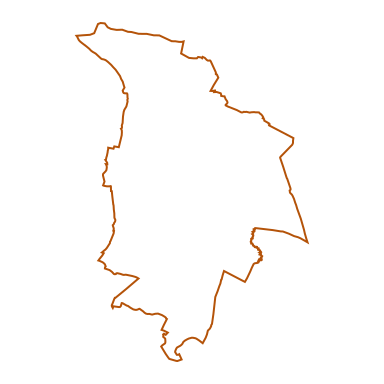 the district of Berchisesti, Suceava, Romania
{"feature_id": "2599482B32520151641647", "entity_name": "Berchisesti", "entity_type": "district", "adm_level": 2, "iso_a3": "ROU", "parent_name": "Romania", "parent_adm1": "Suceava", "projection": "equal_earth", "projection_center": [26.04, 47.525], "detail": "fine", "context": "isolated", "style": "outline", "palette": "amber", "viewbox_px": 384, "rotation_deg": 0, "n_neighbors": 0, "source": "geoboundaries", "source_scale": "gbopen_adm2", "svg_char_len": 5968}
<svg xmlns="http://www.w3.org/2000/svg" viewBox="0 0 384 384"><path d="M213.4,314.1L215.3,297.0L217.6,291.2L219.3,286.2L220.4,283.5L221.2,279.7L221.6,279.5L222.6,275.5L224.0,271.0L244.9,281.9L247.0,278.3L250.2,271.6L251.8,267.8L253.6,264.1L254.5,263.4L255.3,263.2L257.0,263.0L257.3,262.7L257.6,262.8L258.4,262.5L258.5,262.3L258.1,262.2L258.0,261.7L258.3,261.2L259.2,261.1L259.3,261.0L259.3,260.8L258.6,260.5L258.8,260.2L259.2,260.1L259.3,259.9L258.9,259.7L259.2,259.2L259.6,259.5L260.2,259.3L260.8,259.9L260.8,260.2L261.2,260.3L261.6,260.1L261.8,259.8L261.6,259.0L260.8,258.3L261.0,258.0L260.9,257.7L261.5,257.6L261.5,257.3L262.2,256.4L262.2,256.2L261.7,256.1L261.4,256.0L261.2,255.8L261.3,255.3L261.1,254.8L260.8,255.0L259.7,254.6L259.9,254.4L259.8,254.0L259.9,253.8L260.1,253.7L260.7,253.8L260.9,253.6L260.9,253.3L260.1,253.1L259.6,252.7L260.6,252.5L261.1,252.1L260.9,251.8L260.5,251.7L260.4,251.5L260.3,251.0L260.2,250.8L259.8,250.9L259.5,250.0L258.1,249.8L258.0,249.4L258.5,249.3L258.7,249.1L258.7,248.5L258.6,248.3L258.0,248.5L257.1,248.0L257.0,246.9L256.6,246.8L256.0,247.4L254.7,247.1L254.6,246.9L254.7,246.4L254.5,246.1L254.1,246.1L253.1,245.6L253.2,245.0L253.1,244.7L252.8,244.6L252.8,244.2L252.4,243.8L252.3,243.5L251.9,243.4L251.5,243.6L251.2,243.6L251.1,243.2L251.3,242.5L250.7,241.8L250.9,241.1L251.3,240.9L251.3,240.3L251.1,238.9L251.3,238.7L252.3,238.8L252.7,238.6L252.8,238.4L252.8,237.8L252.4,237.3L252.9,236.6L252.8,236.3L252.9,236.0L253.3,235.7L253.3,235.2L253.1,234.6L252.3,234.2L252.2,234.1L253.1,233.6L253.2,233.1L253.1,232.5L252.5,231.9L253.3,231.5L253.8,231.6L254.2,231.6L254.4,231.4L254.3,231.2L253.8,230.8L253.6,230.5L253.7,230.0L254.1,229.9L254.0,229.7L253.7,229.5L253.6,229.2L254.3,228.9L254.7,229.0L254.6,228.6L254.9,228.2L255.6,228.1L272.8,230.1L280.7,231.4L282.9,231.5L288.9,233.7L294.1,236.1L298.0,237.2L300.5,238.3L307.5,242.3L306.3,238.6L304.8,233.4L304.0,229.8L300.8,218.7L297.2,208.8L296.1,205.0L295.2,202.7L294.0,198.9L292.5,195.6L291.7,194.4L290.7,193.5L290.1,192.8L289.9,192.3L289.9,191.8L289.6,190.6L289.7,190.4L290.3,190.0L290.6,189.2L290.4,188.1L287.2,178.7L286.9,178.4L286.3,176.7L283.1,166.5L280.1,157.7L280.5,156.8L292.2,144.8L292.7,143.8L293.0,142.9L293.0,140.8L293.4,138.1L269.1,125.4L269.6,124.2L268.6,123.6L268.7,123.2L264.3,120.7L264.1,119.1L262.7,118.2L263.3,117.4L262.3,115.7L261.1,114.3L260.5,114.0L259.6,113.2L259.2,112.6L258.9,112.4L255.3,112.3L254.1,112.1L251.2,112.3L249.7,112.6L246.3,111.8L245.1,112.0L243.8,111.8L242.6,112.4L241.3,112.4L236.9,110.1L227.8,106.5L225.7,105.4L225.6,105.2L225.7,104.7L226.9,103.7L227.5,102.7L227.2,101.3L225.6,99.1L224.5,96.3L223.3,96.3L221.2,95.9L221.1,94.4L220.7,93.3L217.0,92.1L216.3,92.0L214.2,92.1L214.4,91.6L215.3,91.6L215.0,90.5L212.3,91.0L210.6,90.9L213.8,85.0L218.3,77.7L216.9,74.5L216.0,74.3L215.8,74.1L215.8,73.9L216.0,73.8L215.8,72.3L210.8,61.4L210.3,60.7L209.9,60.4L209.1,60.6L207.9,60.6L206.7,59.9L204.8,57.9L202.7,56.9L202.1,58.2L201.3,57.5L198.1,57.0L196.9,58.3L193.2,58.3L189.0,57.9L181.1,53.5L183.6,41.4L181.7,41.9L179.3,41.9L175.5,41.3L171.7,41.2L159.3,35.4L153.7,35.3L146.9,33.9L138.6,33.8L131.4,32.0L128.0,31.8L122.2,29.7L116.6,29.9L110.9,28.9L107.7,27.3L104.8,23.4L100.6,23.0L98.0,24.0L94.2,33.2L90.0,34.8L82.6,35.3L76.5,35.8L77.3,36.9L77.9,38.2L78.8,40.0L80.0,41.4L82.2,43.2L86.3,46.3L89.2,48.7L91.1,50.7L92.9,52.0L94.2,52.7L95.7,53.6L101.1,58.6L102.0,59.1L103.7,59.4L105.6,60.1L107.7,61.7L111.2,64.9L113.3,67.3L115.6,69.7L120.0,76.0L121.2,79.1L122.7,81.6L124.0,86.1L124.5,87.5L122.7,90.6L123.2,92.3L123.7,93.0L124.8,93.3L126.9,93.3L127.4,94.1L127.5,97.6L127.8,98.7L127.3,99.9L127.6,101.5L126.5,106.0L126.3,106.6L124.4,109.7L123.7,111.8L123.0,116.5L122.6,123.0L121.8,125.5L122.0,126.9L121.9,127.9L121.5,128.5L121.0,128.7L121.8,130.3L121.9,132.3L121.7,135.3L118.8,147.2L114.3,146.4L113.5,148.7L108.2,147.7L108.2,149.4L107.8,150.6L107.6,152.4L106.8,156.2L106.4,157.2L105.9,159.9L105.4,160.0L107.2,162.8L107.3,164.2L105.8,164.1L106.6,165.7L106.7,166.2L106.8,167.5L106.4,170.1L105.5,171.4L103.2,173.8L103.0,174.4L103.0,175.6L104.5,181.6L103.1,185.4L104.0,185.8L106.7,186.3L109.4,186.3L110.7,186.1L110.9,186.5L111.0,191.1L111.8,191.2L112.3,196.3L113.3,204.7L113.5,205.0L113.6,205.9L113.8,209.4L114.3,213.3L114.4,217.5L114.7,218.6L115.2,219.4L115.3,219.9L115.3,220.7L115.0,221.7L114.2,222.8L113.7,224.3L112.8,225.1L112.8,225.6L113.6,227.9L113.8,229.1L113.3,230.7L114.0,230.9L113.6,233.5L110.5,241.1L110.0,241.8L109.9,243.2L106.8,248.0L105.4,249.6L104.2,250.5L101.9,252.5L103.7,253.2L102.3,255.5L99.6,258.8L98.4,260.5L99.4,260.8L102.5,262.2L103.5,262.9L104.9,264.3L105.7,266.4L105.0,267.3L104.9,268.5L109.6,270.1L112.0,271.9L113.8,273.9L114.6,274.2L115.8,274.1L116.1,273.8L116.4,273.3L117.4,273.2L120.5,273.9L122.7,274.7L123.7,274.9L125.8,274.7L126.9,274.9L132.2,276.0L135.7,277.0L137.2,277.7L138.5,278.5L125.1,289.9L115.2,298.0L114.8,297.9L114.2,299.1L112.6,303.4L111.8,305.2L111.8,306.0L112.1,306.8L112.8,308.0L113.5,306.3L119.1,307.1L120.1,306.9L120.8,306.1L121.7,303.1L122.6,303.2L126.7,305.6L127.9,305.9L130.4,307.7L133.3,309.4L135.1,309.8L136.1,309.9L137.5,309.6L139.3,308.8L139.7,308.9L143.2,311.4L144.3,312.5L145.7,313.5L146.3,313.7L147.7,314.0L149.3,313.9L152.1,314.6L155.2,313.8L158.0,313.6L162.0,315.1L164.8,316.8L165.9,317.7L166.1,318.5L166.9,319.0L163.8,325.1L161.6,329.9L163.8,330.6L167.8,332.6L165.7,334.8L164.0,333.7L163.1,334.5L163.4,335.8L163.2,336.8L163.3,337.0L164.5,337.9L165.2,338.7L165.4,341.2L165.3,342.7L165.0,343.4L162.2,345.4L161.2,346.5L165.7,353.9L168.2,357.5L169.3,358.9L176.3,360.9L177.4,361.0L181.6,359.5L179.2,354.2L178.2,354.8L176.8,354.8L175.1,352.0L175.4,350.7L176.2,348.8L176.8,347.8L177.2,347.4L180.2,345.8L181.4,344.9L182.4,343.8L183.3,342.0L184.9,340.6L187.2,339.3L188.9,338.5L191.9,337.7L193.2,337.8L195.6,338.3L196.6,338.8L199.2,340.5L202.7,343.2L205.7,337.7L207.0,334.3L207.8,330.8L208.6,329.8L209.4,329.2L210.1,328.2L211.1,326.3L211.2,325.2L212.0,323.9L213.4,314.1Z" fill="none" stroke="#b45309" stroke-width="2"/></svg>